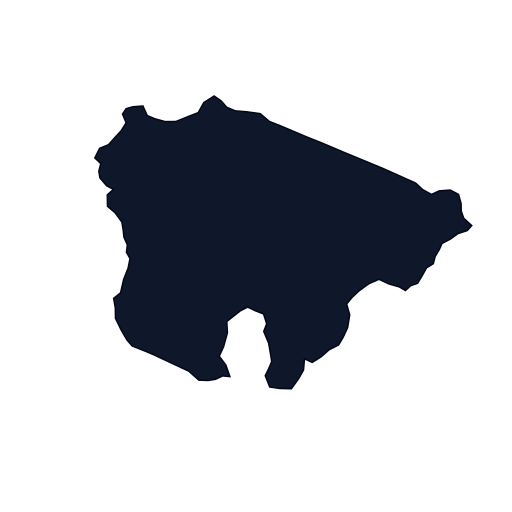 the district of Cajamar, São Paulo, Brazil, rotated 293°
{"feature_id": "56859067B74244976946556", "entity_name": "Cajamar", "entity_type": "district", "adm_level": 2, "iso_a3": "BRA", "parent_name": "Brazil", "parent_adm1": "São Paulo", "projection": "mercator", "projection_center": [-46.876, -23.354], "detail": "fine", "context": "isolated", "style": "filled", "palette": "ink", "viewbox_px": 512, "rotation_deg": 293, "n_neighbors": 0, "source": "geoboundaries", "source_scale": "gbopen_adm2", "svg_char_len": 1606}
<svg xmlns="http://www.w3.org/2000/svg" viewBox="0 0 512 512"><g transform="rotate(293 256 256)"><path d="M388.7,204.2L385.1,191.0L381.5,180.2L381.5,170.8L385.1,163.5L386.9,154.9L376.9,148.0L365.4,146.8L357.6,138.8L348.5,129.7L344.2,119.7L342.8,109.1L342.8,101.0L349.9,93.3L345.3,84.4L340.9,78.9L334.5,77.7L327.8,84.4L318.5,82.9L309.6,79.7L300.8,76.7L294.0,70.0L283.3,69.3L280.4,77.0L272.6,78.2L266.9,81.8L262.3,91.0L261.6,98.7L254.1,95.2L243.7,99.9L240.8,109.3L234.8,119.3L228.0,123.6L221.7,127.1L216.0,133.2L208.8,135.3L204.4,141.0L194.9,143.0L182.8,143.3L169.2,145.7L161.4,141.5L153.2,146.8L143.7,151.0L134.8,161.3L128.3,170.0L124.8,177.1L125.1,191.3L125.1,200.7L123.7,239.1L119.4,251.9L122.7,260.6L126.6,266.8L132.6,272.2L134.8,279.1L143.9,270.8L149.4,261.3L159.8,261.6L174.2,259.7L184.3,254.7L199.6,263.1L205.7,268.3L205.3,277.5L205.6,285.6L197.8,292.3L189.6,292.6L180.7,301.7L171.4,307.7L165.0,311.7L157.3,311.7L149.4,311.3L140.8,319.8L143.3,329.5L147.6,340.4L159.3,343.1L169.6,344.3L180.3,340.8L180.0,349.3L188.9,355.5L198.2,359.9L206.4,366.8L215.5,368.0L226.0,368.3L238.3,365.3L247.3,358.2L255.4,360.6L264.0,364.4L274.4,370.6L282.6,378.3L282.2,389.2L283.5,399.8L282.6,407.1L289.0,409.9L294.0,415.4L303.2,416.7L311.7,417.6L318.2,422.2L325.6,421.1L333.4,422.2L340.2,422.3L347.8,428.5L355.6,433.2L361.9,440.5L368.3,442.7L371.9,432.5L377.6,427.3L384.4,424.3L391.8,418.4L392.6,409.0L387.6,399.3L381.2,393.4L382.3,383.2L385.5,374.5L386.2,338.9L385.8,297.3L385.8,284.4L385.8,275.5L385.4,253.5L385.4,240.6L385.4,228.7L385.1,215.8L388.7,204.2Z" fill="#0f172a" stroke="#020617" stroke-width="1.5"/></g></svg>